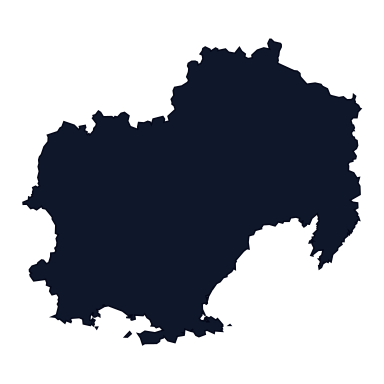 the Region of Maga Buryatdan
{"feature_id": "RUS-2615", "entity_name": "Maga Buryatdan", "entity_type": "Region", "adm_level": 1, "iso_a3": "RUS", "parent_name": "Russia", "parent_adm1": "", "projection": "albers", "projection_center": [153.715, 62.596], "detail": "fine", "context": "isolated", "style": "filled", "palette": "ink", "viewbox_px": 384, "rotation_deg": 0, "n_neighbors": 0, "source": "natural_earth", "source_scale": "10m", "svg_char_len": 5908}
<svg xmlns="http://www.w3.org/2000/svg" viewBox="0 0 384 384"><path d="M184.1,335.2L177.3,336.3L175.0,342.6L167.8,340.7L163.9,336.2L163.4,337.8L159.8,339.1L159.5,341.4L156.6,343.4L144.8,343.5L142.7,344.7L140.5,337.9L137.6,333.6L140.2,334.2L144.9,331.2L154.9,332.8L163.2,330.2L159.5,326.5L156.2,327.7L154.6,326.1L151.2,325.9L152.0,324.2L150.0,319.7L147.0,317.6L144.7,313.7L143.1,315.6L134.6,315.1L135.2,319.1L131.8,320.1L131.0,319.7L131.6,318.0L126.2,317.5L131.8,315.9L131.9,314.9L128.3,315.5L122.5,311.0L108.4,305.7L105.1,306.3L103.9,304.8L102.9,305.3L103.9,306.7L98.7,309.7L96.8,309.5L97.9,311.6L97.4,312.9L99.7,314.5L99.8,316.7L97.9,315.6L94.8,317.1L93.3,316.4L92.3,314.9L93.4,313.2L92.6,312.8L90.2,315.9L89.8,320.1L91.3,320.4L92.5,318.8L92.3,320.9L93.5,319.3L95.0,320.2L93.7,322.4L94.2,324.3L93.4,325.8L91.6,323.9L90.4,325.5L83.3,323.9L82.8,319.1L79.3,317.6L71.6,318.2L70.3,319.4L71.3,321.4L70.8,322.5L66.1,320.6L64.9,323.2L59.6,318.9L58.1,319.5L55.4,317.2L51.9,316.8L56.5,314.8L58.6,306.3L57.4,304.1L58.8,301.8L58.2,299.5L59.0,298.2L58.7,296.6L56.6,293.6L52.0,294.8L49.7,291.2L50.8,286.8L46.5,285.1L46.9,282.9L45.6,279.3L33.7,280.9L30.3,276.0L30.0,274.4L31.5,273.1L29.6,271.6L29.4,269.6L32.1,266.1L37.3,264.4L38.0,262.7L41.6,259.9L43.5,260.3L46.3,263.7L48.8,262.7L50.7,256.8L50.8,253.1L54.8,252.8L55.9,250.8L54.9,248.1L56.7,246.3L57.1,242.3L56.2,238.6L58.3,234.6L55.5,233.3L55.8,225.1L52.3,219.2L52.3,217.0L45.7,208.9L42.6,208.3L41.5,206.2L36.6,209.8L33.2,207.9L30.7,208.6L27.0,204.2L23.2,204.3L23.0,202.3L28.5,200.0L28.7,197.0L30.1,197.6L32.4,196.2L31.7,194.8L32.9,193.8L32.6,192.0L33.4,189.6L32.7,187.6L35.6,186.2L37.6,187.4L39.6,185.9L38.2,183.3L39.1,181.9L37.8,177.5L39.3,171.3L38.2,166.6L39.1,163.4L38.7,159.9L39.5,156.9L41.4,154.5L44.0,146.8L48.1,141.7L48.3,137.1L47.4,135.1L57.7,131.7L60.0,128.0L62.0,126.9L63.9,121.7L74.2,125.2L78.5,129.5L79.9,128.4L79.4,126.5L85.2,125.4L85.7,127.6L84.9,128.4L84.5,130.7L87.1,131.9L86.8,133.6L87.4,134.6L88.9,133.6L89.9,135.0L93.5,130.8L93.9,128.2L95.8,126.2L96.6,123.6L92.5,118.2L93.6,117.0L93.1,115.5L95.6,114.7L98.4,111.0L100.6,112.4L103.3,116.8L111.8,116.6L113.8,118.1L115.0,116.5L117.6,117.1L121.1,113.3L124.5,112.4L129.0,115.8L127.7,121.0L130.3,126.6L137.5,129.3L137.9,128.9L137.7,126.8L138.6,122.5L144.0,122.9L147.7,121.3L150.1,122.0L151.4,124.6L153.1,119.0L162.9,116.5L164.5,119.0L163.9,122.3L168.7,121.2L169.3,120.6L168.0,116.2L175.3,109.5L174.1,105.7L172.0,104.1L172.2,102.2L171.2,99.2L173.9,95.4L173.2,90.7L174.6,87.4L181.8,86.0L187.7,82.3L188.7,80.1L186.7,76.9L188.5,72.1L188.9,68.5L187.6,65.9L188.3,63.3L191.7,61.3L195.2,61.2L197.4,62.1L198.0,64.8L200.8,63.5L202.9,58.9L202.4,55.1L200.1,54.0L202.3,51.1L202.9,48.5L205.2,47.0L209.8,49.2L210.8,51.1L215.6,48.0L217.7,49.1L217.9,50.6L225.5,49.0L228.6,52.2L234.8,53.3L239.4,47.4L241.7,51.3L245.3,54.0L244.7,56.8L248.0,58.6L252.4,57.8L251.9,55.1L257.3,50.1L263.8,47.9L269.7,49.2L267.9,43.4L269.8,39.3L271.2,39.3L274.0,42.0L280.5,43.5L281.2,44.7L281.2,47.0L279.2,51.1L278.6,55.7L277.7,57.4L278.2,60.7L277.5,61.9L278.1,63.5L294.0,70.8L297.2,71.1L299.9,73.4L300.1,76.2L300.9,77.5L306.9,84.2L315.1,83.1L321.0,84.4L322.5,86.4L327.4,88.8L329.8,94.9L331.4,95.7L339.0,97.6L343.4,96.8L347.0,99.8L351.5,99.6L353.2,97.9L353.5,94.5L355.6,96.2L354.4,99.9L355.2,101.4L355.0,103.0L358.5,105.4L359.8,108.2L361.0,108.7L357.9,112.1L357.0,117.7L353.1,117.7L350.8,120.3L352.2,125.0L353.4,125.1L354.4,127.9L353.5,129.5L354.1,130.6L352.7,130.7L351.4,132.7L351.6,134.3L352.5,136.6L354.2,137.2L354.9,139.5L357.0,140.5L357.6,145.6L356.4,148.5L353.0,151.1L356.2,156.1L355.6,158.7L352.8,159.3L352.9,161.2L349.2,162.2L347.9,164.5L348.6,165.9L348.4,170.6L353.7,172.8L356.9,178.0L359.4,177.5L357.9,182.9L359.8,186.1L360.1,194.5L350.2,200.1L352.6,202.2L357.6,202.9L357.8,207.8L354.3,209.8L357.7,213.7L357.3,216.2L358.4,216.7L359.6,220.3L357.7,219.8L356.8,222.4L355.6,222.5L356.5,223.5L354.5,225.1L354.7,226.9L351.8,230.4L352.3,231.1L351.1,233.0L348.9,231.0L349.8,233.8L349.4,234.8L347.7,233.5L347.8,235.7L344.2,238.7L344.0,241.6L342.1,241.4L341.2,243.2L342.0,244.4L337.8,247.6L337.5,250.1L332.7,254.5L331.1,262.0L328.9,260.5L328.1,262.4L326.4,261.6L323.7,263.3L323.9,261.5L321.5,267.4L319.2,269.0L318.7,265.6L320.1,265.3L319.6,264.1L320.4,262.5L320.3,260.9L318.5,259.0L320.1,258.8L319.7,256.9L321.8,255.2L323.0,250.0L318.2,250.4L312.5,254.9L312.8,255.9L310.8,255.4L314.1,248.0L312.1,243.9L312.4,242.6L309.2,243.0L309.8,241.0L313.3,240.9L311.5,239.9L312.6,238.8L312.3,237.2L314.0,237.0L314.8,234.8L313.3,233.8L317.7,229.5L317.0,228.7L317.5,227.4L317.0,226.7L317.9,224.9L316.7,224.1L319.3,220.8L318.1,219.0L318.8,218.2L317.3,213.7L311.9,218.3L309.4,224.2L306.1,223.9L306.2,225.3L303.9,226.9L302.4,225.1L303.0,220.3L301.6,222.6L299.1,220.7L299.6,218.2L296.0,217.1L290.6,217.9L289.2,221.3L283.7,221.3L282.7,223.1L278.3,221.9L275.1,225.9L269.5,224.3L263.3,224.7L261.4,227.5L261.6,228.7L255.3,230.4L253.5,234.5L248.8,235.8L248.1,242.1L249.0,249.0L246.9,248.6L243.6,251.2L235.5,260.6L236.2,261.3L235.1,263.2L235.3,269.5L233.6,268.5L231.6,271.6L227.1,274.6L226.9,276.6L223.4,277.6L220.2,281.7L216.6,283.5L213.9,287.4L214.0,286.3L208.5,296.3L207.5,300.6L207.7,297.3L209.0,294.7L205.9,296.0L207.1,299.8L207.3,303.3L205.8,304.6L206.5,302.7L202.2,303.8L202.4,309.4L205.3,315.6L202.2,312.1L201.8,315.3L199.3,318.3L200.6,320.4L203.9,321.0L205.1,317.6L206.0,317.2L205.6,319.9L206.5,321.8L208.8,321.7L206.7,319.3L206.5,316.7L209.1,318.1L210.9,316.8L215.8,320.1L217.5,318.6L222.7,324.7L222.8,326.2L221.6,326.6L222.5,329.0L221.5,329.6L222.5,331.4L214.6,330.8L214.2,333.4L206.9,330.1L204.7,331.1L205.3,334.3L198.9,336.7L195.9,335.3L193.7,331.9L191.5,331.4L193.0,328.9L190.6,331.2L184.8,329.1L184.4,332.6L183.0,332.8L184.4,333.4L184.1,335.2ZM129.6,331.7L131.2,333.8L127.5,337.1L124.6,337.0L129.6,331.7ZM96.7,328.9L95.5,327.2L97.6,327.1L96.7,328.9ZM228.9,325.4L230.0,324.6L230.7,325.4L228.9,325.4Z" fill="#0f172a" stroke="#020617" stroke-width="1.5"/></svg>